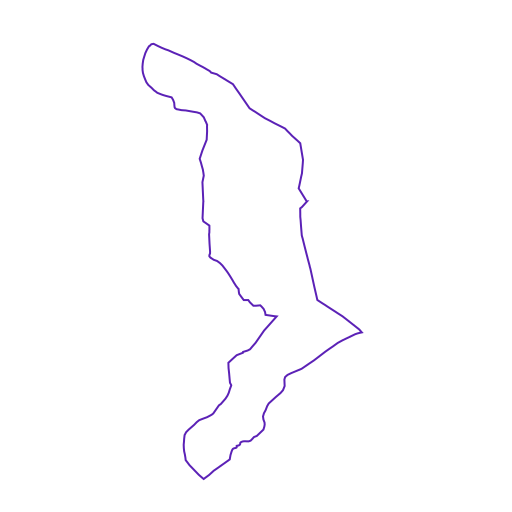 the district of Ad Dohi, Al Hudaydah, Yemen, rotated 86°
{"feature_id": "15242507B68430322217319", "entity_name": "Ad Dohi", "entity_type": "district", "adm_level": 2, "iso_a3": "YEM", "parent_name": "Yemen", "parent_adm1": "Al Hudaydah", "projection": "equal_earth", "projection_center": [43.199, 15.222], "detail": "fine", "context": "isolated", "style": "outline", "palette": "violet", "viewbox_px": 512, "rotation_deg": 86, "n_neighbors": 0, "source": "geoboundaries", "source_scale": "gbopen_adm2", "svg_char_len": 4089}
<svg xmlns="http://www.w3.org/2000/svg" viewBox="0 0 512 512"><g transform="rotate(86 256 256)"><path d="M205.1,201.3L205.1,201.6L191.5,208.7L188.9,207.9L187.1,207.4L186.8,207.3L180.0,205.4L176.8,204.4L167.0,202.9L163.4,202.4L146.6,204.0L143.4,207.0L138.8,211.5L135.9,213.9L133.5,216.0L131.9,217.3L130.9,218.1L128.6,221.9L124.9,228.2L122.1,232.6L119.7,236.6L119.3,237.3L117.2,240.1L114.0,244.3L111.4,247.7L111.3,248.0L108.2,252.1L105.0,254.0L95.5,259.6L93.1,261.0L87.5,264.4L83.0,267.0L73.8,280.0L71.9,282.5L71.7,283.1L69.9,288.0L68.9,288.7L68.1,289.5L65.9,292.8L65.5,293.3L64.2,295.3L63.9,295.7L62.4,298.2L60.0,302.0L58.2,304.2L56.0,307.7L53.8,311.5L51.8,315.2L49.1,320.6L47.7,323.5L46.2,326.3L44.7,329.1L43.5,332.0L41.6,335.8L40.9,337.0L39.8,339.0L37.4,343.0L37.2,343.4L37.4,345.3L37.7,346.0L38.1,346.4L38.9,347.2L39.1,347.8L39.4,348.2L42.4,350.3L45.8,352.2L49.1,353.5L52.5,354.8L56.2,355.6L59.5,356.1L60.8,356.1L62.6,356.2L65.5,356.0L68.7,355.3L72.2,354.2L75.1,353.2L78.0,351.4L81.0,348.4L83.6,346.2L84.9,344.6L86.3,343.1L88.2,339.2L89.1,337.1L90.1,334.4L91.7,329.6L91.9,329.1L94.5,327.8L97.5,326.9L100.4,326.9L102.0,326.8L102.9,326.4L104.0,325.0L104.5,323.0L105.3,320.2L105.9,315.9L107.7,308.7L108.6,304.9L109.8,301.8L111.1,300.7L114.0,298.4L118.0,297.0L118.5,296.7L121.8,295.6L122.9,295.8L128.4,296.1L136.6,297.1L147.0,302.1L155.1,305.4L159.1,304.4L162.7,303.7L166.0,303.0L169.1,302.7L172.2,302.5L178.7,304.3L178.8,304.3L179.2,304.3L195.7,304.7L196.6,304.7L198.1,304.7L198.2,304.8L214.6,306.7L216.8,306.3L217.8,306.1L222.4,300.4L222.9,300.4L226.3,300.6L226.8,300.7L229.3,300.9L230.6,301.2L231.2,301.3L240.5,301.5L245.1,301.5L248.5,301.5L250.5,301.7L251.2,302.2L252.8,302.6L253.4,302.3L254.3,301.7L254.7,301.3L254.7,301.1L255.1,300.7L256.7,298.6L256.8,298.5L258.2,295.3L258.3,295.1L260.0,293.1L260.6,292.4L263.1,290.2L266.1,288.2L269.0,286.3L270.8,285.2L272.4,284.3L275.2,282.8L278.3,281.2L281.4,279.7L281.7,279.5L284.5,278.0L287.1,276.2L287.6,275.7L290.9,275.6L292.7,275.4L296.8,272.8L299.1,271.3L299.4,266.8L301.8,265.3L305.4,262.1L305.6,259.2L305.5,255.2L306.7,254.1L309.3,252.1L311.4,251.3L312.4,250.9L314.4,250.7L315.4,250.6L317.3,241.9L317.7,239.6L330.9,253.1L342.6,262.5L346.5,266.4L348.6,268.4L349.7,270.9L350.8,275.6L351.6,275.8L353.6,282.2L356.9,286.4L360.6,291.0L365.8,291.2L371.3,291.0L376.5,290.9L380.6,290.8L383.2,289.7L384.0,290.0L387.1,291.4L390.5,292.7L393.3,294.2L396.2,296.4L398.8,299.0L401.2,301.4L402.4,303.4L410.1,309.6L411.2,311.2L412.0,312.9L413.4,316.1L414.5,319.9L415.8,324.1L417.6,326.7L420.2,329.6L422.4,332.5L422.7,332.9L424.5,335.3L426.9,338.0L429.0,339.3L429.6,339.7L433.2,340.4L436.2,340.8L438.6,341.2L439.4,341.3L442.6,341.4L445.5,341.3L445.8,341.3L449.1,340.8L452.2,340.5L454.7,340.4L460.2,336.8L462.9,334.5L470.2,328.4L471.0,327.6L474.8,323.8L471.2,318.1L467.3,313.2L465.1,309.5L457.1,296.4L452.7,295.3L449.1,293.9L447.7,293.2L446.9,292.6L446.5,291.9L446.2,290.8L446.1,289.8L445.8,288.9L445.4,288.6L444.7,288.5L444.2,288.6L443.9,288.1L443.9,287.3L443.8,286.5L443.5,286.0L443.1,285.3L442.4,284.9L441.8,284.8L441.1,284.6L440.7,284.1L440.2,282.7L440.0,281.7L440.0,280.1L440.2,278.4L440.3,277.4L440.4,276.6L440.2,275.5L439.8,274.2L438.1,272.3L436.5,270.7L436.0,269.2L435.6,267.8L429.7,260.7L426.8,259.6L424.7,259.1L422.7,259.1L419.6,260.0L416.5,260.2L414.7,259.5L413.5,259.1L410.5,257.2L406.5,255.3L404.0,253.6L398.0,246.0L394.3,241.0L391.7,238.4L387.7,236.5L381.2,236.3L378.8,235.4L378.0,234.4L376.8,232.8L375.2,228.8L371.7,218.4L367.3,210.9L364.2,205.5L356.2,193.4L353.6,189.1L351.4,185.3L350.7,184.2L348.4,180.5L346.1,175.5L340.9,162.4L340.3,160.1L339.9,157.9L339.6,155.8L339.1,156.2L336.5,158.1L322.2,173.9L321.9,174.3L318.4,179.0L316.7,181.2L316.5,181.5L312.0,187.5L310.8,189.1L309.9,190.2L307.8,193.1L304.3,197.7L304.1,197.9L300.7,198.4L290.6,200.0L284.4,200.9L272.7,202.6L270.3,203.1L269.4,203.2L261.7,204.7L261.0,204.8L256.2,205.7L255.6,205.8L250.1,206.8L241.5,208.3L240.7,208.5L238.6,208.9L229.3,209.0L229.1,209.0L223.3,209.0L220.1,209.1L217.0,208.9L211.6,208.6L210.4,206.8L205.1,201.3Z" fill="none" stroke="#5b21b6" stroke-width="2"/></g></svg>